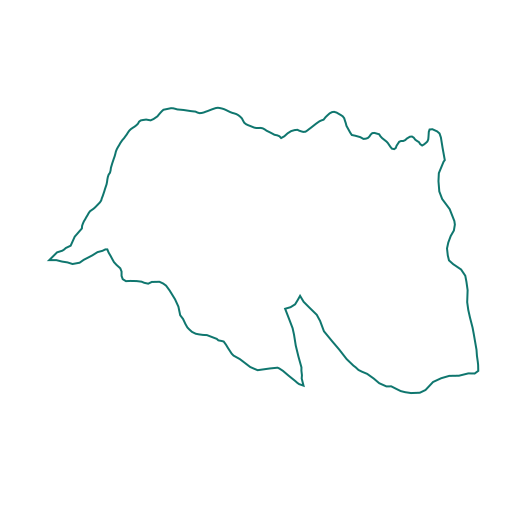 the district of Rangthangling, Chirang, Bhutan, rotated 172°
{"feature_id": "84629894B33629251386681", "entity_name": "Rangthangling", "entity_type": "district", "adm_level": 2, "iso_a3": "BTN", "parent_name": "Bhutan", "parent_adm1": "Chirang", "projection": "equal_earth", "projection_center": [90.106, 26.982], "detail": "fine", "context": "isolated", "style": "outline", "palette": "teal", "viewbox_px": 512, "rotation_deg": 172, "n_neighbors": 0, "source": "geoboundaries", "source_scale": "gbopen_adm2", "svg_char_len": 4275}
<svg xmlns="http://www.w3.org/2000/svg" viewBox="0 0 512 512"><g transform="rotate(172 256 256)"><path d="M63.7,357.0L66.5,357.1L67.6,354.9L68.1,352.4L68.6,350.0L69.2,347.5L70.4,345.5L72.3,344.2L74.1,343.1L76.1,342.3L77.8,343.9L78.8,346.1L80.5,347.5L82.1,349.0L83.3,351.2L84.9,352.6L87.0,352.7L90.3,351.3L92.1,350.0L94.2,349.4L96.3,349.7L98.3,349.2L99.8,347.5L101.4,345.7L102.6,343.5L104.3,342.6L106.5,343.4L107.7,345.4L109.7,349.5L110.8,351.1L112.8,353.2L114.7,355.2L116.1,357.2L117.1,359.4L119.1,360.3L121.6,361.4L123.7,361.5L125.5,360.3L127.1,358.5L128.8,357.3L130.9,356.9L133.3,357.0L136.2,359.2L141.0,361.3L144.3,362.5L145.6,365.2L148.3,372.3L148.6,375.0L149.1,377.7L149.5,380.2L150.7,382.3L152.4,383.8L154.2,385.2L156.2,386.8L158.6,387.9L160.7,387.9L163.2,387.0L165.6,385.4L167.8,383.8L170.1,381.6L172.2,381.2L174.3,380.6L176.3,379.6L178.2,378.6L180.1,377.5L182.0,376.4L183.9,375.3L185.9,374.2L187.8,373.1L189.7,372.2L191.9,372.3L193.8,373.1L195.8,374.1L197.4,375.2L200.3,375.3L203.8,374.8L207.6,373.1L211.3,370.6L214.7,369.3L216.1,371.3L218.1,372.5L220.9,373.5L222.6,374.8L224.4,376.1L226.3,377.4L228.1,378.6L229.8,380.2L231.6,381.5L233.6,382.2L235.7,382.4L237.9,382.7L239.9,383.4L241.8,384.5L243.7,385.6L245.7,386.7L247.5,387.9L249.1,389.6L250.0,391.9L250.8,394.2L252.2,396.1L253.8,397.8L255.6,399.2L257.6,400.2L259.5,401.0L261.5,402.1L263.3,403.3L265.2,404.6L267.1,405.8L269.0,406.7L271.1,407.5L273.1,408.1L275.2,408.1L277.4,407.7L279.4,407.3L281.5,406.8L283.6,406.3L285.7,405.9L287.8,405.4L289.9,405.2L292.0,405.3L294.0,406.2L295.8,407.4L298.2,408.0L300.5,408.6L307.5,410.7L313.5,412.1L315.5,413.0L317.5,413.8L319.6,414.2L327.3,413.7L329.2,412.4L330.9,411.0L332.6,409.5L334.2,408.0L338.4,405.9L341.5,405.0L345.8,406.4L349.1,406.4L351.2,406.3L353.1,405.3L354.5,403.4L356.3,402.1L358.2,401.0L360.2,400.1L362.2,399.1L364.0,397.8L365.6,396.1L367.1,394.3L368.7,392.7L370.3,391.0L372.2,389.4L374.6,386.8L376.1,384.8L377.6,383.0L379.0,381.1L380.2,379.0L381.1,376.7L382.1,374.4L383.2,372.3L384.3,370.1L385.4,367.9L386.4,365.7L387.4,363.5L388.1,361.0L389.0,358.8L390.6,357.1L391.7,354.9L392.5,352.6L393.2,350.1L394.0,347.8L395.1,345.6L396.2,343.4L397.2,341.2L398.3,339.0L399.4,336.8L400.6,334.7L401.6,332.5L403.1,330.8L404.9,329.4L406.7,328.0L408.5,326.6L410.3,325.4L412.3,324.4L414.2,323.4L415.8,321.7L417.2,319.8L418.7,318.0L420.1,316.1L421.6,314.3L422.9,312.2L424.0,310.1L424.6,307.5L432.8,300.4L438.1,292.0L443.2,290.4L445.3,289.0L447.1,288.2L452.5,287.3L461.3,280.7L457.1,280.1L454.3,279.7L448.9,277.5L443.6,275.9L438.8,273.6L431.6,273.9L427.1,276.2L422.2,277.9L418.0,279.4L412.4,281.9L407.3,282.5L404.3,283.5L402.3,283.2L401.5,280.0L399.9,276.1L398.7,272.8L397.5,269.7L395.3,266.5L392.1,262.7L391.3,259.3L391.9,255.0L391.2,251.6L388.3,249.2L384.0,248.8L377.8,247.8L372.9,246.5L370.4,245.0L366.6,243.6L362.8,244.8L355.2,243.9L351.8,241.7L349.2,239.2L346.4,234.0L342.2,224.4L339.9,216.7L339.3,207.9L337.0,203.8L335.3,198.3L333.9,194.8L332.4,192.7L330.0,189.8L326.5,187.4L323.3,186.3L319.4,185.2L315.6,184.5L309.3,181.0L306.4,179.4L305.0,177.7L301.8,176.6L299.9,175.8L298.0,172.2L296.7,169.1L293.7,162.7L292.1,160.5L286.3,156.1L277.2,146.9L274.0,144.9L270.3,142.7L258.0,142.7L250.2,142.4L248.6,141.4L245.3,138.5L240.5,133.1L234.4,126.6L232.8,124.7L231.1,123.1L229.1,122.1L227.0,121.0L227.8,128.4L227.1,131.5L227.0,136.1L226.5,139.4L228.0,150.7L229.1,161.8L229.3,172.8L229.8,179.4L231.9,188.6L233.4,195.0L234.5,199.7L228.9,200.5L224.0,202.7L220.8,206.6L217.9,210.4L215.2,204.0L210.4,197.6L204.0,189.3L202.6,185.5L201.6,182.9L199.2,172.0L195.4,165.8L192.6,161.2L186.7,151.9L180.6,141.3L174.8,133.9L172.8,131.9L170.4,128.9L167.2,126.7L162.3,123.8L156.4,118.2L151.7,112.9L145.0,108.7L140.2,108.1L135.9,105.1L131.5,102.1L127.3,100.4L121.6,98.7L112.8,97.8L106.8,99.7L98.2,106.6L89.6,109.2L81.3,110.4L71.7,109.2L62.1,110.2L55.8,109.2L51.9,111.3L51.2,117.2L51.1,120.5L51.1,126.4L50.7,132.4L51.2,148.1L51.5,154.8L52.7,165.6L53.3,173.0L53.3,180.9L51.2,192.7L51.2,200.9L51.5,207.3L54.8,214.1L61.9,220.5L65.5,224.8L66.0,229.9L65.8,236.9L63.7,242.6L60.4,248.7L56.5,253.7L54.7,259.4L54.7,263.0L57.7,275.5L63.7,286.5L65.5,294.4L64.9,304.7L63.4,312.6L57.1,323.3L55.7,324.7L56.2,337.4L56.4,347.6L57.2,351.8L59.3,354.2L63.7,357.0Z" fill="none" stroke="#0f766e" stroke-width="2"/></g></svg>